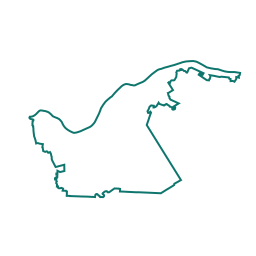 Dunavas pag., Jekabpils, Latvia (Albers equal-area conic projection), rotated 282°
{"feature_id": "27541924B9707023738482", "entity_name": "Dunavas pag.", "entity_type": "district", "adm_level": 2, "iso_a3": "LVA", "parent_name": "Latvia", "parent_adm1": "Jekabpils", "projection": "albers", "projection_center": [26.187, 56.189], "detail": "fine", "context": "isolated", "style": "outline", "palette": "teal", "viewbox_px": 256, "rotation_deg": 282, "n_neighbors": 0, "source": "geoboundaries", "source_scale": "gbopen_adm2", "svg_char_len": 5383}
<svg xmlns="http://www.w3.org/2000/svg" viewBox="0 0 256 256"><g transform="rotate(282 128 128)"><path d="M52.4,102.4L53.0,106.2L53.6,110.0L53.9,109.9L54.0,110.0L54.3,110.0L56.0,110.1L56.4,110.5L56.6,110.5L56.8,110.8L56.9,111.1L56.8,111.4L56.9,111.6L56.6,112.3L56.3,112.6L55.7,113.4L55.7,113.5L55.7,113.8L55.8,113.8L55.8,114.1L55.6,114.3L55.4,114.5L55.0,114.8L54.8,114.9L54.8,115.0L54.7,115.2L54.7,115.6L54.8,115.8L54.9,116.2L55.0,116.5L55.1,116.9L55.1,117.6L55.2,118.0L55.4,118.2L55.5,118.3L56.0,118.6L56.5,118.7L57.1,118.7L57.3,118.6L57.5,118.2L57.8,117.7L58.1,117.1L58.4,116.8L58.7,116.8L59.3,117.1L59.9,117.7L60.2,117.9L60.5,118.0L60.8,118.3L61.1,118.7L61.4,119.3L61.6,119.6L61.7,119.8L61.7,120.1L61.7,120.4L61.6,120.6L61.6,120.8L61.4,121.0L61.0,121.3L60.9,121.5L60.9,121.9L61.1,122.2L61.2,122.5L61.3,122.7L61.3,123.0L61.8,123.4L65.9,127.2L66.1,127.4L66.1,127.5L66.7,131.3L66.8,131.5L66.7,131.7L66.8,132.9L64.2,133.3L64.5,134.9L64.9,137.2L65.3,139.8L67.0,150.4L67.2,150.8L69.6,165.2L71.0,173.7L71.1,173.8L76.8,179.7L76.9,179.9L81.8,185.0L83.1,184.9L85.0,187.1L85.5,187.7L85.6,187.8L88.1,190.6L109.6,169.9L134.8,145.7L139.6,146.3L145.1,146.9L147.8,147.3L148.6,146.5L147.6,145.6L147.2,145.4L147.1,145.2L147.0,144.9L147.0,144.4L147.8,144.0L148.5,143.6L150.1,144.2L153.3,144.7L154.9,146.0L155.1,148.6L153.4,148.7L153.5,149.3L154.4,150.5L155.3,151.3L158.2,152.4L159.1,152.7L158.1,153.6L157.5,158.4L158.0,158.6L157.9,159.0L159.4,160.4L159.5,160.9L159.0,161.5L158.6,163.2L157.6,164.4L157.8,164.8L157.4,166.0L156.5,167.5L156.2,167.6L155.6,167.5L155.4,168.0L156.3,168.2L155.8,169.3L156.0,169.6L156.2,169.9L156.9,170.0L157.9,169.9L158.3,168.0L162.6,172.5L163.1,170.3L163.1,170.1L163.6,168.3L164.6,163.6L164.9,163.3L165.5,162.8L165.9,162.3L166.3,162.2L166.8,162.2L167.1,162.1L167.4,162.0L167.5,161.9L167.6,161.7L167.6,161.4L168.0,161.0L169.3,160.3L169.7,160.2L170.3,160.1L170.5,159.9L170.6,160.1L174.4,164.1L176.7,161.9L177.9,160.7L180.7,158.0L181.2,158.4L180.3,159.6L182.6,159.9L183.5,160.5L183.8,161.1L184.1,162.9L184.6,163.5L187.7,164.5L187.9,164.6L190.8,164.3L191.6,164.2L192.1,163.9L192.3,163.7L194.2,164.1L194.8,166.1L195.0,166.1L195.6,167.5L196.4,167.0L196.7,167.6L196.7,168.4L196.0,169.9L195.5,170.6L195.6,172.1L194.4,173.7L194.6,174.4L195.3,174.5L199.1,175.3L200.1,177.3L200.2,177.7L197.3,190.5L195.5,189.9L196.3,186.7L196.2,186.6L195.9,186.5L194.8,186.1L191.2,195.1L191.4,197.3L192.8,197.5L193.0,197.7L193.1,197.8L193.2,197.7L193.3,197.8L193.9,197.8L194.5,197.9L195.0,197.9L196.2,197.7L196.4,197.4L196.7,197.1L196.9,201.4L196.9,205.5L197.0,207.3L197.6,208.6L197.6,208.9L197.7,209.5L198.4,216.1L197.2,216.9L197.3,218.1L195.2,218.6L195.6,219.9L195.8,220.6L195.7,221.3L195.4,222.5L196.9,223.1L198.4,223.7L198.8,223.7L199.2,223.5L199.5,223.4L200.4,223.3L200.4,224.2L200.4,224.9L200.3,225.4L200.3,226.0L200.9,225.8L201.7,225.5L202.1,225.3L202.4,225.8L202.7,226.1L203.2,226.3L205.2,226.2L205.0,222.9L204.9,220.9L204.6,219.3L204.1,217.1L203.6,213.8L203.5,210.7L203.8,207.2L204.2,203.8L203.8,200.9L203.6,196.3L203.7,192.5L205.1,188.3L206.4,184.0L207.1,181.1L207.1,178.0L206.1,174.1L205.1,170.8L203.7,167.7L202.3,165.4L200.5,162.3L199.1,159.9L197.7,157.1L196.3,154.5L194.8,151.5L192.7,148.1L192.1,146.7L191.0,145.0L189.5,143.6L187.8,142.1L185.5,140.1L180.0,136.2L177.6,134.4L176.1,132.8L174.2,130.0L172.7,127.9L171.1,125.8L170.8,124.5L170.8,123.3L170.7,121.6L170.9,119.8L170.8,118.2L170.5,116.6L169.8,115.4L168.9,114.3L167.6,113.1L165.4,111.6L162.8,109.8L159.0,107.5L155.6,105.7L154.5,104.6L151.7,102.4L149.2,100.6L145.8,99.0L141.7,97.5L140.1,97.3L136.3,96.7L127.2,94.4L125.7,93.8L123.9,92.8L122.3,91.7L121.0,90.4L119.4,88.2L114.7,81.8L112.9,78.6L112.3,77.1L112.0,75.9L112.2,74.5L112.9,71.7L113.6,69.7L114.3,68.1L115.2,66.5L116.8,64.6L117.7,63.8L119.9,62.1L120.5,61.5L121.5,60.2L122.4,58.8L123.0,56.6L123.3,54.6L123.7,52.7L123.8,52.3L124.4,51.2L125.2,50.2L126.3,48.2L126.9,46.9L127.3,44.5L127.3,42.7L127.2,40.3L127.1,39.2L126.9,38.5L126.3,37.7L124.9,36.7L122.6,35.3L121.2,34.2L119.8,32.7L119.1,31.3L118.6,29.7L117.8,30.0L117.3,30.1L117.2,30.1L117.1,29.8L116.9,30.0L116.8,30.4L116.7,30.5L116.6,31.3L116.5,31.5L116.5,31.9L116.5,32.1L116.5,32.3L116.4,32.6L116.4,32.8L116.6,32.9L116.6,33.0L116.5,33.5L116.4,33.7L116.3,33.8L116.1,33.9L115.9,33.8L115.7,33.7L115.6,33.8L115.3,33.8L115.2,33.7L114.8,33.5L114.4,33.3L114.1,33.3L113.7,33.5L113.2,33.6L112.8,33.5L112.6,33.6L112.3,33.7L111.9,33.9L111.4,33.8L111.1,33.9L110.8,33.9L110.7,34.0L110.3,34.4L110.2,34.7L110.2,34.8L109.8,34.9L109.7,34.9L109.7,35.0L108.3,35.4L107.8,35.6L106.0,36.0L103.3,36.9L100.4,37.9L99.0,38.8L97.3,39.8L93.8,41.4L94.2,42.0L94.5,43.1L94.3,44.8L94.5,48.1L93.6,48.1L91.4,48.2L91.3,48.6L90.0,49.0L89.5,49.3L88.0,49.8L87.8,49.9L87.8,50.0L87.5,51.6L87.5,52.2L87.6,52.4L88.1,52.9L88.2,53.1L88.3,53.4L88.3,53.6L87.9,54.4L87.8,54.5L87.3,54.8L87.2,55.1L87.6,56.1L88.2,56.7L87.6,57.3L86.6,58.0L84.6,58.9L84.1,59.3L81.7,59.9L81.3,60.1L80.5,60.6L74.8,65.3L75.4,66.6L76.4,68.5L78.8,73.3L72.7,74.7L71.3,71.8L70.8,70.6L71.5,67.9L68.9,68.4L68.6,67.4L67.5,67.6L67.7,68.6L65.5,69.0L65.4,68.5L63.7,67.0L62.9,67.2L62.5,67.4L63.1,68.6L62.4,68.5L61.1,69.3L61.0,69.0L59.4,69.3L59.0,69.3L58.6,69.8L58.1,70.3L56.0,70.6L56.3,71.7L55.1,71.9L54.7,73.0L54.9,73.9L55.6,75.4L55.2,77.1L53.1,77.1L53.7,80.4L52.4,81.5L52.5,81.6L48.9,82.2L49.4,84.8L49.5,85.6L49.4,85.6L50.6,92.4L51.4,97.1L52.4,102.4Z" fill="none" stroke="#0f766e" stroke-width="2"/></g></svg>